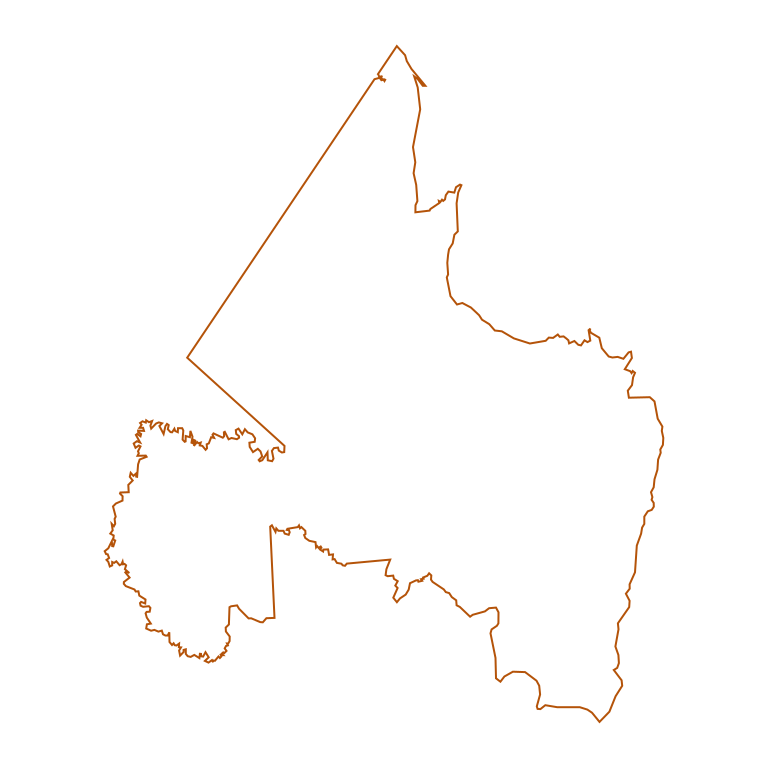 San Vicente De Chucuri, Santander, Colombia (Natural Earth projection)
{"feature_id": "7082276B82845110848853", "entity_name": "San Vicente De Chucuri", "entity_type": "district", "adm_level": 2, "iso_a3": "COL", "parent_name": "Colombia", "parent_adm1": "Santander", "projection": "natural_earth1", "projection_center": [-73.583, 6.928], "detail": "fine", "context": "isolated", "style": "outline", "palette": "amber", "viewbox_px": 768, "rotation_deg": 0, "n_neighbors": 0, "source": "geoboundaries", "source_scale": "gbopen_adm2", "svg_char_len": 6104}
<svg xmlns="http://www.w3.org/2000/svg" viewBox="0 0 768 768"><path d="M128.3,484.9L128.7,492.2L120.4,492.5L120.0,493.6L122.6,496.2L122.5,500.6L115.9,503.5L113.0,506.4L115.7,516.7L114.6,518.9L115.2,523.8L113.9,526.2L111.7,523.8L112.7,530.3L110.3,533.6L113.7,535.5L113.3,539.6L115.2,540.5L113.3,546.3L112.2,546.1L111.8,541.2L108.3,548.3L104.7,551.2L106.1,554.1L107.7,554.3L109.1,558.0L106.5,559.9L108.3,561.8L109.8,566.5L112.2,565.4L112.2,562.0L114.1,562.9L116.3,561.3L119.6,565.2L121.5,564.2L122.6,561.6L123.1,564.3L124.5,563.9L126.1,565.3L124.9,569.2L129.3,573.0L126.2,571.6L125.3,572.4L129.6,577.6L123.9,582.0L123.8,583.8L125.8,586.1L134.5,589.5L135.7,591.5L138.4,591.3L139.3,595.6L145.5,599.5L145.2,603.5L141.1,601.9L140.0,603.1L140.6,605.7L143.1,606.8L148.9,606.2L150.4,607.9L149.7,611.7L146.6,611.9L145.6,613.3L146.8,617.6L150.8,623.6L146.9,624.3L146.2,628.5L151.1,630.7L154.4,629.9L158.4,631.6L161.8,630.6L163.0,634.3L165.3,635.5L167.7,635.5L169.3,632.3L169.5,642.0L172.0,645.0L173.6,643.3L174.7,645.2L176.5,645.5L179.1,643.6L178.9,647.2L181.0,647.4L179.1,650.5L180.1,655.6L183.6,652.0L183.6,649.9L185.8,649.3L185.8,653.9L187.7,656.2L190.7,656.9L194.3,654.9L199.4,658.1L199.9,653.8L201.0,653.9L201.2,656.3L203.1,656.6L205.5,652.2L208.7,657.3L204.9,660.9L208.5,662.6L211.9,660.1L213.0,662.2L213.0,660.4L214.9,660.8L218.5,656.5L219.9,658.0L221.4,656.4L220.8,655.0L223.1,655.1L221.7,653.7L223.2,652.4L224.2,653.2L226.5,650.9L224.7,648.4L226.0,646.0L227.9,645.4L227.0,643.5L228.1,643.6L229.6,641.1L229.7,636.5L225.9,631.5L225.7,627.6L228.9,624.5L229.5,607.2L231.0,606.3L237.1,605.4L239.0,608.7L248.6,618.4L251.2,618.3L260.2,622.1L262.8,622.3L266.4,618.2L274.5,617.9L270.2,526.6L271.9,525.3L275.5,531.9L276.3,528.4L278.4,530.8L283.5,530.8L284.7,533.6L288.7,534.8L289.7,532.2L288.9,530.2L286.8,529.9L287.4,528.8L297.8,527.1L299.0,525.4L300.0,528.3L301.4,527.1L305.3,530.8L305.5,534.0L304.1,535.0L305.3,538.0L309.3,540.8L315.5,542.1L316.1,547.4L317.1,546.1L318.6,547.9L320.7,546.5L321.4,547.6L320.0,549.5L323.1,551.5L323.4,549.6L328.1,549.4L329.1,554.9L333.0,554.4L332.6,559.4L334.6,559.1L336.9,562.9L341.4,563.7L342.7,565.3L345.0,565.8L346.8,563.6L390.2,559.6L386.4,569.2L385.6,575.2L387.7,576.2L393.2,575.6L393.9,578.8L397.7,581.2L395.3,585.6L397.6,588.0L393.3,597.7L396.9,602.2L400.0,598.4L405.7,594.6L408.7,589.6L410.0,583.2L416.0,580.4L417.9,580.2L418.4,581.7L422.2,580.8L421.1,579.2L423.6,578.7L423.1,577.5L427.3,575.8L429.1,573.3L431.3,575.4L431.0,579.6L432.6,581.9L443.8,589.4L445.8,592.1L449.2,593.1L451.8,597.1L456.2,600.3L456.6,605.3L459.8,606.9L470.1,616.7L472.7,614.8L484.9,611.4L489.1,608.2L496.0,607.6L498.5,612.3L498.4,623.4L496.9,625.8L491.6,629.4L490.5,633.3L495.5,657.9L496.0,678.3L500.4,681.7L504.4,676.5L512.9,671.7L525.1,672.1L536.5,680.7L539.2,685.7L540.1,694.5L536.8,706.4L537.6,708.9L540.4,709.1L545.3,705.2L557.2,707.2L579.8,707.2L587.4,709.6L592.0,712.7L599.5,721.9L609.4,711.7L615.6,696.2L622.2,685.8L621.6,680.3L613.8,670.0L617.2,667.9L618.9,663.1L618.4,655.0L615.4,646.5L618.5,629.3L617.9,623.3L629.2,607.1L629.6,600.8L625.9,593.7L629.7,588.7L629.6,584.3L635.0,572.3L636.8,545.6L641.1,533.7L642.1,527.6L644.3,523.9L644.3,516.6L647.8,511.3L651.7,509.9L653.8,506.7L653.7,502.9L651.6,499.8L652.4,497.1L651.0,492.2L653.7,487.3L654.5,479.3L657.4,469.8L658.1,459.6L660.7,452.8L660.3,449.5L662.9,444.9L663.3,437.9L661.8,430.9L662.4,426.6L657.7,418.7L654.5,401.4L649.8,397.2L628.9,397.7L627.8,390.7L632.0,385.1L633.1,377.3L635.0,372.8L632.7,371.0L631.6,373.1L630.2,371.2L624.8,369.2L631.9,358.0L631.0,351.7L628.6,352.4L623.4,358.8L617.7,356.9L612.4,357.5L608.7,356.5L601.8,348.2L599.3,337.7L590.8,332.7L589.7,330.2L590.4,328.6L588.6,330.2L590.3,340.6L587.5,342.1L584.5,340.3L581.0,345.4L578.3,344.8L574.4,341.0L569.1,343.4L568.4,340.3L566.2,338.4L563.6,336.4L559.7,336.8L557.8,334.5L553.1,337.9L548.8,337.6L545.7,340.8L529.9,343.5L513.9,338.4L501.8,331.3L494.8,330.5L489.3,324.2L482.0,319.7L479.1,315.2L470.9,307.5L462.3,303.0L457.0,304.5L450.5,296.2L446.8,277.4L448.1,274.5L447.3,262.9L448.1,254.7L449.0,249.3L452.7,243.4L454.4,234.7L457.8,231.4L456.6,203.3L458.2,192.5L461.4,185.2L460.0,184.6L456.0,187.2L454.3,192.6L448.4,191.6L445.8,195.2L445.0,199.4L443.2,200.9L442.0,199.7L440.4,201.9L438.9,201.0L439.3,203.0L430.4,209.0L429.6,210.6L415.4,212.3L415.5,205.2L417.4,201.1L416.2,184.9L413.6,173.2L415.3,162.3L413.0,147.1L420.2,109.3L417.7,87.4L414.2,76.4L417.7,79.0L422.8,85.8L425.4,85.8L411.5,69.0L406.8,61.1L405.1,55.2L396.8,46.1L377.5,74.8L378.3,74.3L379.2,76.8L382.4,76.2L380.5,77.5L382.9,79.7L383.1,79.3L384.6,79.4L385.2,79.8L384.5,81.0L383.7,79.5L381.4,80.2L379.6,77.8L374.5,79.2L187.2,357.7L284.5,445.9L284.2,452.1L281.9,452.5L278.8,450.6L278.0,447.6L273.9,448.1L271.9,450.9L273.5,458.7L272.1,461.2L267.8,460.3L267.5,452.3L262.3,460.2L259.7,461.3L258.7,460.0L262.2,456.4L260.5,451.4L257.8,448.8L253.0,452.1L249.7,446.9L249.4,442.7L254.7,441.8L255.1,438.3L252.4,434.3L247.7,432.4L244.9,429.2L242.3,434.3L238.5,428.6L235.8,430.1L236.2,433.9L239.0,436.2L239.1,437.7L236.9,439.2L231.5,438.0L228.6,439.3L224.8,431.8L223.9,432.3L224.1,436.3L222.8,437.7L213.5,433.4L212.5,434.8L214.1,437.9L211.2,437.2L208.8,443.4L206.7,444.3L207.0,448.3L205.6,449.8L202.4,445.9L199.8,445.4L200.7,442.6L198.4,443.3L197.1,442.0L193.9,445.9L195.2,440.6L193.5,439.8L193.4,443.5L191.5,442.7L192.5,436.7L190.4,430.9L189.9,437.2L185.7,436.0L185.6,441.4L184.7,441.8L182.6,439.6L183.3,430.5L182.2,428.2L178.0,428.2L177.8,432.2L175.2,431.0L174.4,428.7L172.1,432.3L170.5,432.1L167.8,429.2L168.7,425.1L167.0,423.9L165.4,426.2L163.6,434.0L159.4,426.0L162.1,423.3L158.8,422.4L156.1,423.5L151.2,428.6L150.4,425.7L152.1,421.0L149.0,422.2L146.2,420.3L145.8,422.6L142.5,421.3L140.1,423.0L141.6,424.8L139.6,427.8L143.1,427.8L144.0,430.9L138.1,430.6L138.2,432.0L141.1,434.0L140.5,436.3L137.2,433.9L135.9,434.9L140.1,442.5L136.9,441.2L133.7,443.5L135.5,447.8L138.9,445.5L140.5,446.4L138.0,451.3L138.8,453.2L137.5,455.8L145.8,455.6L146.6,456.8L139.7,459.5L138.1,464.3L137.1,476.8L136.2,476.6L136.5,473.1L133.4,475.9L130.7,472.8L129.8,476.8L132.7,480.5L128.3,484.9Z" fill="none" stroke="#b45309" stroke-width="2"/></svg>